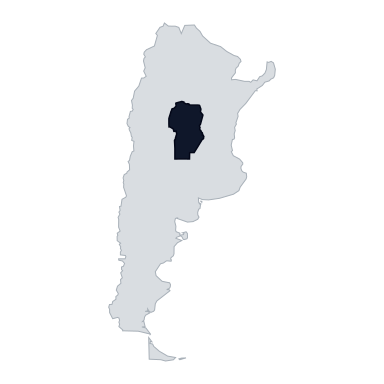 Córdoba on a map of Argentina (Robinson projection)
{"feature_id": "ARG-1299", "entity_name": "Córdoba", "entity_type": "Province", "adm_level": 1, "iso_a3": "ARG", "parent_name": "Argentina", "parent_adm1": "", "projection": "robinson", "projection_center": [-63.644, -32.213], "detail": "fine", "context": "in_parent", "style": "filled", "palette": "ink", "viewbox_px": 384, "rotation_deg": 0, "n_neighbors": 0, "source": "natural_earth", "source_scale": "10m", "svg_char_len": 5974}
<svg xmlns="http://www.w3.org/2000/svg" viewBox="0 0 384 384"><path d="M240.0,109.4L237.6,113.5L238.1,116.3L235.9,122.8L236.4,124.1L234.6,127.3L235.2,130.6L234.2,133.9L234.6,137.9L233.9,139.2L232.4,139.5L231.2,145.2L232.5,150.6L231.3,151.7L233.3,155.7L239.6,159.1L242.7,162.7L242.8,164.1L241.1,166.3L240.9,168.2L241.7,170.7L243.3,172.2L246.3,173.2L246.7,176.8L246.1,179.0L240.2,187.1L238.9,190.6L233.5,194.2L219.5,198.3L208.6,199.9L202.4,199.6L198.4,197.9L198.7,202.5L200.7,203.8L199.6,203.9L200.5,204.7L200.0,208.5L198.7,209.2L197.7,212.3L197.8,214.9L199.0,217.1L197.7,219.3L193.0,221.6L187.5,222.1L177.2,218.5L177.6,218.0L177.1,217.8L175.4,218.5L174.7,221.5L175.9,226.2L175.6,230.3L176.2,231.7L179.9,233.2L179.7,234.9L180.9,235.0L183.5,234.6L183.9,233.3L182.5,232.8L186.1,231.8L187.4,233.5L187.5,237.7L186.9,238.8L184.1,239.6L183.3,239.4L181.7,236.4L180.3,235.9L176.4,237.4L175.9,238.3L181.8,240.5L177.5,242.7L174.1,246.6L174.0,253.8L173.3,255.8L171.0,257.7L170.6,259.1L171.4,259.9L171.1,261.2L166.6,260.8L163.4,263.0L160.5,263.8L155.3,271.7L156.1,275.7L162.1,281.3L169.6,282.8L170.5,284.7L170.2,287.0L169.4,288.3L166.7,289.6L169.0,289.6L170.0,290.7L156.9,300.9L155.3,303.8L154.6,310.0L153.6,311.3L150.9,312.4L149.1,311.2L147.6,308.9L147.7,310.8L145.2,311.4L148.2,311.5L149.6,313.0L145.6,315.2L144.5,317.2L144.1,319.9L142.6,321.5L143.8,321.2L145.1,326.6L141.9,327.0L145.8,327.9L150.5,334.1L150.1,334.6L150.0,334.0L138.2,331.2L122.6,330.8L122.7,329.9L118.9,326.6L119.6,324.2L118.9,322.2L119.6,320.4L119.0,318.1L117.6,317.4L112.7,318.7L109.6,312.6L109.6,309.3L108.7,307.2L109.5,304.5L112.0,304.4L112.7,301.5L115.9,299.3L115.9,296.5L117.8,295.0L118.3,293.6L116.3,290.1L117.5,286.2L120.9,283.3L120.5,279.6L122.3,277.8L120.7,272.8L122.6,270.7L121.6,269.6L121.5,267.0L123.4,266.3L124.6,263.5L122.5,261.0L118.8,260.2L118.6,258.8L125.1,258.8L125.9,256.7L125.4,255.5L120.4,254.9L120.4,252.1L121.4,250.3L120.4,248.5L120.7,246.8L119.3,244.3L120.6,243.2L117.2,240.7L117.1,236.5L117.8,235.4L117.2,233.2L120.1,231.1L118.6,227.1L118.7,219.4L118.1,217.3L119.9,214.1L118.9,212.1L120.1,210.5L119.5,206.5L121.0,206.2L122.0,199.3L125.7,197.3L126.5,195.9L123.6,187.3L123.8,184.0L123.2,182.6L123.8,180.6L123.1,177.9L124.2,174.6L126.8,173.2L127.0,172.1L129.6,169.8L129.4,164.3L128.1,161.5L129.5,160.4L130.3,156.2L132.2,151.7L133.9,151.0L133.5,145.9L134.0,141.3L131.7,140.4L132.2,137.2L131.4,136.4L130.8,132.9L129.3,129.9L129.1,128.5L130.0,127.6L128.3,126.4L127.0,123.6L127.3,121.0L127.5,119.3L129.3,118.0L129.0,116.7L130.4,111.4L132.3,111.1L133.2,109.3L132.2,108.3L132.4,105.1L131.5,100.5L133.2,98.2L134.6,91.1L138.8,86.1L141.5,78.1L143.8,78.0L146.2,76.3L143.7,71.1L145.2,67.8L143.5,61.0L144.0,58.4L145.4,56.9L143.8,54.3L144.2,52.2L146.5,49.7L154.4,46.0L157.4,35.4L155.8,33.5L160.0,27.3L163.1,26.2L164.4,23.0L168.4,26.1L175.3,26.2L178.8,27.4L181.3,33.6L184.8,25.4L194.4,25.0L196.4,28.1L200.0,31.4L202.6,36.0L210.5,43.2L220.6,46.6L226.8,51.5L234.0,55.5L237.6,56.5L240.4,59.3L241.0,61.5L239.3,63.1L238.1,66.3L236.1,68.1L235.3,70.2L235.4,72.8L231.5,77.9L231.6,79.8L235.5,79.4L244.8,81.4L249.2,81.4L250.7,82.3L253.1,79.9L257.0,80.8L259.7,76.7L262.2,75.9L265.0,73.0L266.4,69.4L267.1,61.9L268.6,62.4L271.2,61.4L273.5,62.9L275.3,69.2L274.7,75.4L273.6,77.8L270.8,79.2L269.2,80.9L264.8,82.2L262.3,85.5L256.8,89.0L257.1,90.8L255.3,90.7L245.9,103.3L240.0,109.4ZM149.2,359.2L148.7,337.5L151.9,341.8L150.4,341.5L150.0,343.5L152.6,344.0L153.8,346.5L159.4,351.3L167.6,356.1L175.6,357.5L173.4,359.8L165.5,361.0L160.8,359.7L149.2,359.2ZM178.9,358.9L181.3,358.1L186.0,357.9L179.8,359.7L178.9,358.9ZM201.9,201.4L201.8,202.3L200.4,200.9L201.9,201.4Z" fill="#d9dde1" stroke="#a8b0b8" stroke-width="1"/><path d="M200.9,109.1L200.5,111.7L200.5,112.0L202.5,114.4L202.9,115.0L202.8,115.6L200.5,124.0L200.4,124.4L200.0,124.7L199.7,125.0L199.5,125.3L199.7,125.6L199.7,125.8L199.6,126.3L199.6,126.5L199.7,127.1L199.8,127.3L200.0,127.5L200.0,127.8L199.9,128.1L199.7,128.4L199.7,128.6L199.7,129.5L199.9,129.7L200.1,129.9L200.4,130.2L200.4,130.3L200.7,130.4L200.8,130.5L201.2,131.5L201.4,132.0L202.0,132.5L202.3,132.8L202.4,133.1L202.4,133.4L202.4,133.7L202.5,133.8L202.6,134.0L202.7,134.3L202.6,134.5L202.4,134.8L202.5,134.8L202.8,134.9L202.9,135.0L203.0,135.0L203.3,135.5L203.4,135.9L203.5,136.0L203.8,136.3L203.8,136.5L203.8,136.8L203.6,137.1L203.6,137.3L203.6,137.9L203.6,138.2L203.6,138.3L203.4,138.7L203.1,139.0L202.8,139.2L202.7,139.2L202.2,139.5L200.2,142.7L197.6,147.0L194.1,152.6L189.9,152.6L189.6,152.9L189.6,154.6L189.5,159.0L184.6,158.9L180.1,158.9L174.9,159.0L174.9,158.9L174.9,148.3L174.5,140.5L174.5,140.4L174.8,139.8L174.9,139.7L175.0,139.7L175.3,139.6L175.3,139.4L175.2,139.1L175.3,138.9L175.5,138.4L175.6,138.2L175.5,137.9L175.5,137.7L175.8,137.1L175.9,136.9L175.9,136.6L175.9,136.4L176.0,136.2L176.1,135.9L176.1,135.7L176.3,135.5L176.3,135.4L176.4,134.9L176.6,134.4L176.7,134.1L176.7,133.8L176.7,133.7L176.6,133.4L176.6,133.2L176.3,132.7L176.3,132.2L176.3,131.9L176.3,131.7L176.3,131.4L176.3,131.2L176.2,131.1L175.8,131.1L175.0,131.3L174.0,131.4L173.9,131.4L173.8,131.2L173.8,130.7L173.6,130.4L173.6,130.2L173.5,129.9L173.5,129.7L173.4,129.3L173.4,129.2L173.1,129.0L172.9,128.7L170.4,127.2L170.0,126.9L169.7,126.9L169.0,126.9L168.9,124.1L168.9,120.5L168.9,118.7L169.0,118.1L169.5,116.4L169.6,116.0L169.8,115.5L170.5,113.3L170.5,113.2L170.6,112.9L170.8,112.2L170.9,111.7L171.0,111.6L171.1,111.3L171.3,111.0L172.0,108.9L173.8,108.3L174.3,108.1L175.0,107.3L176.0,106.2L176.1,105.8L175.8,103.4L175.9,103.1L176.5,102.9L179.0,102.2L180.7,101.8L181.6,101.5L182.0,101.5L183.7,102.0L183.8,102.0L183.8,102.4L183.8,102.6L184.0,102.8L184.6,103.1L184.7,103.3L184.8,103.4L185.4,103.5L185.5,103.6L185.7,103.8L185.8,103.8L186.4,103.9L186.6,103.9L187.6,103.7L188.4,103.9L188.8,103.9L188.9,104.0L189.0,104.1L188.9,104.4L188.9,104.5L189.0,104.5L189.3,104.6L189.5,104.7L189.5,104.8L189.5,105.0L189.8,105.1L194.8,105.1L197.7,105.1L199.2,105.2L199.6,105.5L200.9,109.1Z" fill="#0f172a" stroke="#020617" stroke-width="1.5"/></svg>